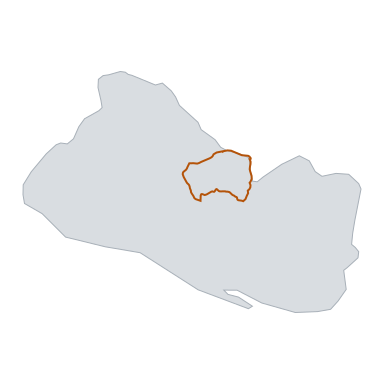 El Salvador, with Cabañas highlighted
{"feature_id": "SLV-1344", "entity_name": "Cabañas", "entity_type": "Department", "adm_level": 1, "iso_a3": "SLV", "parent_name": "El Salvador", "parent_adm1": "", "projection": "equal_earth", "projection_center": [-88.722, 13.882], "detail": "fine", "context": "in_parent", "style": "outline", "palette": "amber", "viewbox_px": 384, "rotation_deg": 0, "n_neighbors": 0, "source": "natural_earth", "source_scale": "10m", "svg_char_len": 2404}
<svg xmlns="http://www.w3.org/2000/svg" viewBox="0 0 384 384"><path d="M128.2,74.4L131.8,75.3L155.4,85.0L162.4,83.1L171.3,90.9L175.6,97.0L179.4,105.4L198.0,122.3L201.2,129.7L215.1,139.7L220.7,147.3L226.6,150.5L238.3,153.4L248.3,157.4L249.4,160.2L250.4,171.6L252.5,181.1L257.2,181.8L263.0,177.1L281.7,164.3L299.3,155.8L309.3,160.9L315.2,171.6L322.0,176.3L336.0,173.4L348.7,174.3L358.7,183.6L361.0,189.0L354.9,220.0L352.7,233.2L351.6,244.4L355.2,247.4L358.7,251.7L358.0,257.8L347.1,267.7L343.7,270.3L346.2,289.4L338.1,301.0L330.6,309.3L317.5,311.6L295.3,312.5L261.8,303.0L237.1,290.2L223.8,290.1L228.0,294.4L238.5,297.1L252.4,306.2L248.4,308.7L198.1,289.8L140.1,252.7L105.3,246.8L65.6,237.1L42.2,213.7L24.5,203.5L23.0,194.7L23.2,184.8L31.3,171.7L46.2,153.9L56.1,144.8L60.7,143.0L67.3,143.9L73.5,138.8L78.9,126.6L84.6,118.7L98.9,110.7L102.1,107.6L101.0,100.7L98.0,87.5L98.4,79.3L103.1,75.6L108.7,74.8L120.3,71.5L125.3,72.2L128.2,74.4Z" fill="#d9dde1" stroke="#a8b0b8" stroke-width="1"/><path d="M223.1,151.2L223.1,151.5L223.9,151.1L227.5,150.4L231.1,150.7L241.8,155.2L248.1,155.8L249.4,156.5L250.7,158.2L250.6,158.8L250.5,159.2L250.4,159.3L249.7,159.3L249.9,159.8L250.6,161.8L250.5,164.1L250.0,166.4L249.7,169.2L250.1,171.0L251.6,176.0L251.7,179.0L250.5,181.7L250.2,182.0L249.6,182.8L250.5,185.1L250.3,187.4L249.3,189.3L247.8,190.6L248.1,193.2L246.8,195.8L245.5,199.1L243.2,201.2L241.8,200.7L238.3,200.2L237.8,199.9L237.5,199.6L237.3,199.2L237.2,198.7L237.0,197.7L236.8,197.3L236.4,197.0L235.4,196.7L235.1,196.5L234.2,195.7L232.6,195.0L232.3,194.8L229.7,192.3L229.4,192.1L227.8,191.7L225.9,191.6L225.0,191.3L220.5,191.4L219.4,191.3L218.8,191.0L216.7,189.1L216.3,189.2L215.8,189.5L215.1,190.7L214.6,191.4L214.1,191.8L213.3,191.7L212.3,191.4L211.3,191.7L206.9,194.3L205.6,194.8L204.6,195.0L203.1,194.4L202.3,194.1L201.4,194.1L201.0,194.8L200.7,195.4L200.5,200.8L195.6,199.1L194.4,198.1L194.2,197.7L193.3,195.8L192.0,193.9L191.4,192.9L191.0,192.1L190.9,190.8L190.7,190.1L190.0,188.5L189.8,187.7L189.7,186.8L189.2,185.3L188.5,184.3L187.3,183.3L186.5,182.1L183.7,177.0L183.1,175.3L182.7,174.1L182.8,173.6L182.9,173.0L183.0,172.6L183.2,172.2L183.5,171.9L183.8,171.6L185.6,170.1L186.2,169.6L186.6,168.9L187.1,168.1L187.2,167.6L189.3,163.3L193.5,163.2L197.2,163.6L199.1,163.0L201.2,161.9L209.9,158.2L211.6,157.2L212.6,156.2L213.6,154.3L216.6,152.5L223.1,151.2Z" fill="none" stroke="#b45309" stroke-width="2"/></svg>